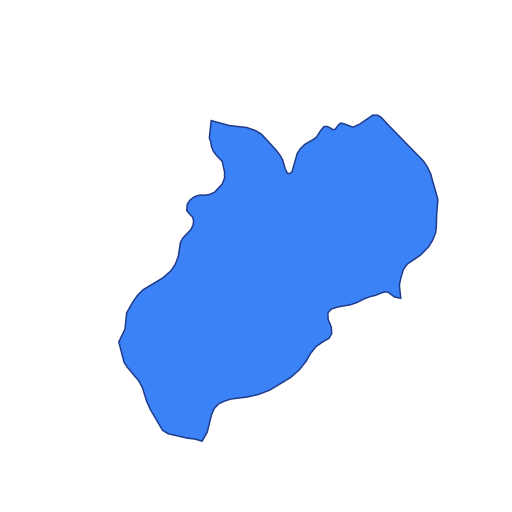 the Province of Tungurahua, rotated 317°
{"feature_id": "ECU-1289", "entity_name": "Tungurahua", "entity_type": "Province", "adm_level": 1, "iso_a3": "ECU", "parent_name": "Ecuador", "parent_adm1": "", "projection": "mercator", "projection_center": [-78.478, -1.245], "detail": "fine", "context": "isolated", "style": "filled", "palette": "blue", "viewbox_px": 512, "rotation_deg": 317, "n_neighbors": 0, "source": "natural_earth", "source_scale": "10m", "svg_char_len": 1659}
<svg xmlns="http://www.w3.org/2000/svg" viewBox="0 0 512 512"><g transform="rotate(317 256 256)"><path d="M315.6,126.4L325.4,142.3L337.0,155.9L341.2,164.0L343.1,170.8L342.9,192.4L342.2,198.9L341.1,203.6L337.0,211.8L335.4,216.8L336.9,218.8L339.9,218.9L355.9,209.2L361.4,207.8L367.7,207.6L377.7,209.9L381.3,210.3L389.2,208.3L393.8,207.7L396.0,209.3L397.3,212.0L398.5,216.2L400.6,217.3L405.6,216.4L408.5,216.5L410.2,218.7L414.8,228.0L421.9,230.3L437.4,232.6L440.7,235.6L442.1,239.5L442.1,250.6L443.2,300.9L442.0,307.9L439.8,315.0L427.6,338.6L416.3,349.0L407.1,358.3L402.9,361.7L395.2,365.2L388.5,367.0L376.7,367.5L361.2,365.1L354.7,366.3L345.9,371.5L340.9,375.2L333.1,385.6L329.4,380.6L327.8,372.3L325.9,370.3L322.6,368.5L316.6,366.3L311.7,363.5L306.2,361.2L297.9,358.8L291.9,356.1L280.8,348.9L274.8,346.1L269.7,346.7L265.5,351.6L262.7,359.2L258.5,364.3L253.3,366.0L245.6,364.2L238.3,363.2L229.6,364.4L221.7,367.0L210.5,368.7L198.5,368.5L174.2,363.3L163.1,358.8L153.8,353.4L140.0,343.4L133.4,340.4L127.5,338.6L121.3,339.1L115.0,341.9L100.3,351.5L90.3,354.7L86.6,348.4L81.5,342.3L70.5,326.1L68.8,319.6L74.0,296.4L76.8,288.0L83.2,274.7L85.1,267.1L86.0,249.5L87.1,243.6L97.0,225.3L110.2,220.2L122.6,209.4L133.9,205.8L142.7,203.9L150.7,203.7L172.5,208.4L183.9,208.8L191.4,207.0L198.9,203.3L210.0,194.5L214.6,193.0L226.6,192.2L231.0,190.5L234.3,187.8L236.1,184.3L236.1,178.2L236.4,175.3L241.1,171.3L245.8,170.1L250.5,170.5L253.9,171.7L257.2,173.7L259.7,176.4L263.6,179.1L269.1,181.1L280.4,180.3L286.1,177.6L290.4,173.0L295.8,163.7L295.7,155.5L296.2,150.7L297.8,146.1L300.7,141.7L302.4,137.8L315.6,126.4Z" fill="#3b82f6" stroke="#1e3a8a" stroke-width="1.5"/></g></svg>